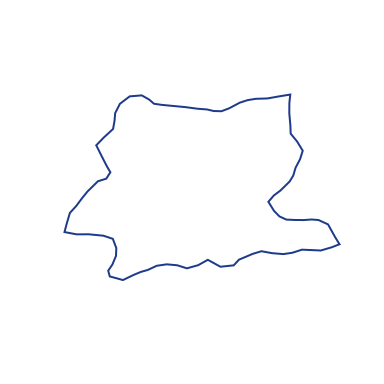 Cândido Rodrigues, São Paulo, Brazil, rotated 243°
{"feature_id": "56859067B92304644979095", "entity_name": "Cândido Rodrigues", "entity_type": "district", "adm_level": 2, "iso_a3": "BRA", "parent_name": "Brazil", "parent_adm1": "São Paulo", "projection": "natural_earth1", "projection_center": [-48.632, -21.34], "detail": "fine", "context": "isolated", "style": "outline", "palette": "blue", "viewbox_px": 384, "rotation_deg": 243, "n_neighbors": 0, "source": "geoboundaries", "source_scale": "gbopen_adm2", "svg_char_len": 1222}
<svg xmlns="http://www.w3.org/2000/svg" viewBox="0 0 384 384"><g transform="rotate(243 192 192)"><path d="M300.9,191.1L305.5,179.9L303.3,167.8L297.1,159.3L290.6,155.3L284.0,150.3L280.6,138.2L277.1,127.9L264.3,127.8L254.3,127.8L246.6,128.2L242.8,121.6L244.3,113.1L239.9,99.1L236.2,90.8L232.0,82.3L228.8,73.7L221.1,66.4L214.2,60.2L206.7,69.9L201.2,80.8L193.3,93.2L186.2,100.2L176.4,99.1L169.5,95.2L163.5,88.1L159.9,81.6L154.1,80.4L149.5,85.5L144.9,90.5L144.6,102.6L144.0,110.3L142.6,117.3L142.3,127.0L139.0,136.7L133.4,145.6L126.3,152.8L124.0,164.3L124.4,175.3L112.5,183.4L107.7,195.9L110.4,203.2L109.3,218.1L107.7,227.0L101.2,235.5L95.2,245.2L92.3,253.8L90.7,263.8L86.4,271.4L81.4,280.2L79.3,291.5L78.5,299.7L87.4,299.0L101.4,298.5L109.6,292.0L113.2,286.1L116.2,279.0L119.8,272.0L124.6,263.5L130.6,258.8L138.0,256.5L148.6,255.6L151.8,263.5L153.1,271.2L157.0,283.7L160.6,289.6L166.6,295.3L172.2,303.2L178.5,309.4L189.1,308.6L199.2,306.4L206.7,309.9L217.9,314.4L227.0,319.1L234.2,323.8L237.8,312.6L241.1,301.7L246.1,291.1L248.6,283.3L249.9,275.2L249.7,263.2L250.6,254.9L254.3,248.1L258.7,242.9L263.7,234.7L270.6,224.7L283.3,204.7L287.9,198.2L293.8,195.8L300.9,191.1Z" fill="none" stroke="#1e3a8a" stroke-width="2"/></g></svg>